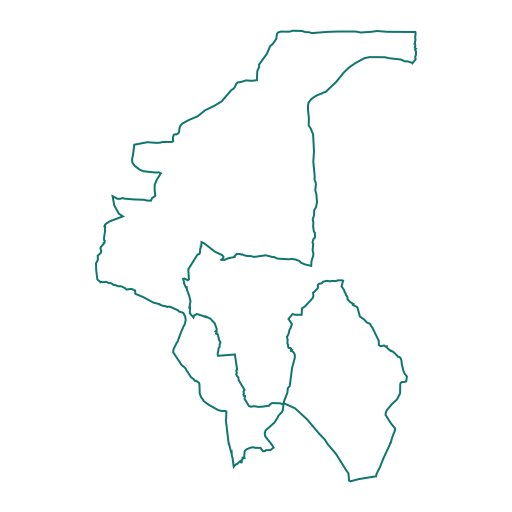 Arusha, Arusha, United Republic of Tanzania (orthographic projection)
{"feature_id": "72390352B32479700182608", "entity_name": "Arusha", "entity_type": "district", "adm_level": 2, "iso_a3": "TZA", "parent_name": "United Republic of Tanzania", "parent_adm1": "Arusha", "projection": "orthographic", "projection_center": [36.712, -3.359], "detail": "fine", "context": "isolated", "style": "outline", "palette": "teal", "viewbox_px": 512, "rotation_deg": 0, "n_neighbors": 0, "source": "geoboundaries", "source_scale": "gbopen_adm2", "svg_char_len": 6056}
<svg xmlns="http://www.w3.org/2000/svg" viewBox="0 0 512 512"><path d="M150.9,200.7L146.8,200.5L144.1,199.8L133.1,199.4L124.2,198.6L122.6,198.0L120.4,198.8L117.5,198.8L112.6,196.2L114.3,205.5L118.9,213.7L122.9,216.4L110.1,221.2L106.1,223.6L105.0,224.8L104.5,226.3L105.0,226.4L105.1,230.4L104.0,238.2L104.1,240.1L104.8,241.0L104.4,242.9L103.6,243.1L103.6,244.0L101.1,246.7L100.4,248.2L101.3,251.1L100.8,252.9L97.7,255.7L97.9,259.7L96.0,263.4L96.2,270.0L97.3,279.2L98.2,280.3L100.2,281.7L100.4,282.3L101.3,281.9L102.6,282.2L106.1,281.9L109.4,283.2L110.3,283.0L111.6,283.5L113.7,285.0L114.7,284.9L118.3,286.3L120.6,286.2L122.2,286.7L124.8,288.0L126.6,289.6L130.0,289.0L131.9,289.1L135.1,290.5L135.3,293.8L143.2,297.1L153.4,302.6L159.4,304.1L159.4,304.4L162.5,305.7L166.0,306.3L167.2,307.0L168.5,306.6L170.7,307.0L177.8,310.2L178.7,311.3L183.3,312.9L185.2,316.6L185.7,320.1L185.3,322.0L184.4,325.2L183.8,325.8L181.3,331.6L177.5,341.8L176.4,343.3L173.4,349.6L173.2,352.3L181.7,365.2L184.6,367.4L185.7,368.7L186.8,371.1L187.3,371.5L190.9,377.1L193.7,379.2L194.8,380.8L196.1,380.8L199.1,382.9L199.5,385.0L199.7,393.6L201.4,397.7L203.0,399.6L203.4,400.8L208.6,404.7L218.2,410.1L221.7,411.0L224.9,410.9L226.3,411.4L226.2,418.4L225.8,419.7L228.3,440.8L228.8,444.1L229.1,444.1L231.0,451.9L231.6,451.5L231.8,455.3L232.6,458.3L233.7,466.8L235.7,464.4L236.9,464.2L239.9,461.4L241.2,462.5L241.6,462.4L241.9,461.2L241.2,460.5L242.4,459.2L242.6,457.6L243.1,457.6L243.3,458.2L244.5,458.1L244.2,456.7L244.6,451.8L244.9,451.0L246.4,449.4L250.2,447.8L253.0,447.2L255.0,447.8L260.5,447.9L262.9,451.2L264.7,451.2L266.2,450.1L270.4,450.1L273.6,447.6L271.8,444.6L265.3,436.5L264.7,433.4L265.6,430.4L274.4,422.6L277.7,417.5L278.4,415.8L282.0,411.9L282.8,410.0L283.6,403.4L282.2,404.0L280.1,403.3L272.5,403.1L271.5,403.3L270.0,404.5L269.2,405.7L262.9,406.6L258.6,406.9L254.1,406.2L250.9,406.7L248.9,406.0L244.6,399.0L245.0,396.0L243.7,395.7L243.4,394.6L243.9,393.5L243.5,391.4L244.5,389.9L238.6,380.1L238.4,377.5L236.8,375.6L236.2,374.3L236.8,373.1L236.3,371.0L236.7,369.5L237.1,369.5L234.9,354.5L218.0,355.8L217.6,354.3L218.7,348.1L219.6,347.0L219.6,344.7L220.4,342.4L219.1,340.1L217.8,334.4L216.1,333.6L216.7,332.0L215.6,331.4L216.6,330.4L216.7,328.8L214.6,323.2L210.4,318.7L205.8,316.5L205.8,317.0L197.1,314.0L194.0,315.5L193.5,317.5L189.8,313.2L190.0,307.2L189.4,307.4L190.5,301.1L189.1,295.5L186.9,289.5L186.7,287.1L185.9,287.4L184.0,283.3L184.2,282.8L183.1,278.8L184.6,278.6L187.7,280.2L188.9,279.4L188.3,269.3L197.6,254.4L199.3,254.1L200.0,252.5L200.1,249.5L200.9,246.9L200.7,246.3L201.3,246.1L201.5,242.1L204.4,243.5L215.1,251.8L221.9,255.0L223.4,256.5L223.1,258.7L220.5,260.0L224.8,259.8L228.5,258.2L234.6,257.0L234.5,256.3L236.7,253.9L240.0,254.0L241.4,254.6L242.2,254.4L244.4,255.4L247.7,256.0L250.7,256.1L254.2,256.9L265.8,255.3L273.2,257.2L273.9,256.9L277.3,258.6L289.1,259.3L291.9,258.9L295.4,259.5L299.4,261.0L300.8,262.6L304.6,264.3L311.2,265.9L311.5,261.2L313.2,255.7L313.4,253.5L312.6,250.3L313.2,244.2L312.5,242.5L313.4,239.1L315.1,237.3L314.8,232.6L313.9,231.6L313.1,226.5L313.4,222.8L312.7,219.4L314.1,215.0L314.1,210.5L316.1,206.9L317.0,202.1L316.4,194.5L315.3,190.4L315.9,184.4L315.6,182.3L314.5,179.5L314.7,176.3L313.3,161.7L314.0,151.3L313.1,134.5L310.9,128.9L308.7,125.3L308.9,118.3L308.0,110.2L308.0,105.3L308.6,102.5L311.4,99.0L314.0,97.1L317.0,95.3L322.2,93.3L322.9,92.7L325.6,92.0L336.2,81.9L343.9,72.4L348.9,67.6L355.2,63.2L364.4,58.2L369.5,57.1L384.8,57.2L388.3,58.1L400.7,59.5L404.9,61.3L407.8,61.4L411.9,62.7L412.4,63.3L415.6,59.4L415.2,56.7L415.9,55.1L416.0,51.5L415.1,49.8L416.0,48.7L414.8,47.8L415.4,45.2L414.5,43.9L415.0,43.5L414.9,42.3L415.5,39.9L415.2,37.6L415.6,33.1L415.3,32.0L387.2,31.8L377.1,31.0L371.3,31.8L360.7,32.5L355.6,31.5L338.8,31.5L327.1,31.9L311.8,33.1L309.4,32.3L305.1,32.0L302.2,31.0L292.9,30.7L289.3,31.7L280.8,31.6L277.8,32.6L276.9,34.2L276.3,38.8L272.9,43.8L270.0,46.3L267.0,53.7L259.0,64.6L259.2,66.7L257.3,71.1L256.9,80.2L252.0,80.8L245.9,80.4L241.3,81.9L237.9,82.4L236.3,83.8L234.6,87.4L233.1,89.0L231.4,90.0L221.7,101.3L214.5,105.7L205.2,110.2L197.6,116.3L188.8,120.0L182.1,123.7L180.1,126.2L179.4,128.6L179.1,131.8L178.3,133.3L176.5,134.3L175.1,134.3L173.8,134.8L172.9,137.4L173.2,141.1L172.2,141.9L162.5,142.0L160.5,142.6L156.7,142.9L147.5,142.2L134.3,144.7L133.0,155.0L132.0,159.5L132.5,162.9L135.1,166.2L139.9,169.8L143.4,171.2L154.7,172.5L159.0,172.4L160.8,173.4L157.0,179.4L154.7,184.6L154.6,190.1L155.3,195.8L152.0,198.2L150.9,200.7ZM395.1,428.5L390.8,423.2L385.5,414.8L385.9,412.1L386.9,410.1L392.2,403.8L396.9,399.5L399.2,395.3L400.1,393.1L400.2,384.5L400.7,382.8L401.7,382.1L404.0,382.0L406.2,381.4L406.9,376.5L404.7,373.7L403.5,371.1L401.7,363.6L401.5,360.8L400.6,358.2L399.6,357.0L397.7,356.6L397.4,355.9L393.0,351.6L392.3,351.5L391.4,350.8L390.8,351.1L389.6,349.8L388.8,349.6L386.8,347.3L386.8,346.3L385.2,346.5L384.1,345.5L380.5,346.2L378.8,344.9L378.8,340.9L372.6,328.1L370.7,325.3L370.4,324.4L369.9,323.7L367.0,322.6L363.9,319.3L359.9,316.6L357.5,307.7L356.7,306.8L352.8,304.9L352.7,304.5L353.4,304.4L353.5,304.0L350.5,302.3L347.6,299.4L347.3,296.5L346.1,295.4L345.5,293.2L344.6,292.2L344.2,290.3L341.6,286.3L343.1,280.7L342.0,280.3L337.6,280.4L335.8,281.1L331.5,280.9L330.3,281.4L326.6,280.8L323.0,281.8L321.6,283.3L318.7,283.9L317.7,285.3L318.0,287.6L317.5,288.6L313.7,292.5L313.1,292.7L313.4,296.0L312.5,298.3L304.9,306.5L302.1,308.3L301.6,314.8L295.5,314.8L292.5,314.1L288.5,319.0L291.9,324.0L290.9,327.3L289.4,330.2L288.8,333.1L287.6,336.0L286.9,336.6L287.6,339.6L287.4,343.6L288.2,345.1L288.0,346.1L288.6,347.9L290.5,348.0L291.0,348.4L290.8,349.9L291.9,350.1L291.4,351.1L292.1,351.2L293.8,352.6L294.8,354.8L294.8,357.8L292.1,367.9L289.7,386.1L287.8,388.3L287.4,392.6L284.2,400.9L283.7,403.2L294.9,408.2L306.9,419.2L319.7,434.3L324.7,439.4L327.5,443.9L336.2,454.2L346.2,470.3L348.4,473.3L349.1,480.7L350.4,481.3L358.8,479.1L376.1,476.3L376.6,473.8L379.8,467.4L383.4,458.4L389.8,444.7L390.1,443.2L390.6,443.1L392.2,437.4L394.9,430.5L395.1,428.5Z" fill="none" stroke="#0f766e" stroke-width="2"/></svg>